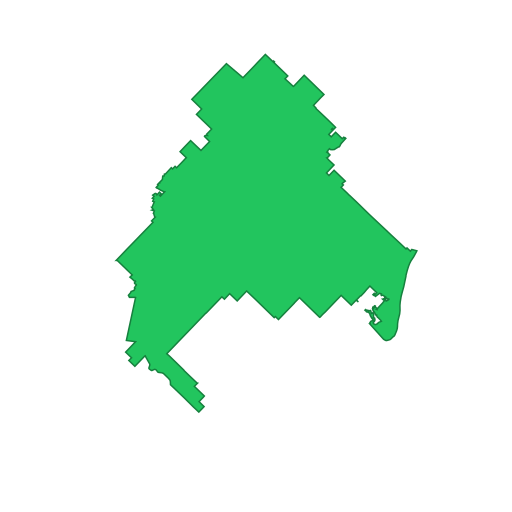 outline of Etchojoa, Sonora, Mexico, rotated 224°
{"feature_id": "50627088B76795265629930", "entity_name": "Etchojoa", "entity_type": "district", "adm_level": 2, "iso_a3": "MEX", "parent_name": "Mexico", "parent_adm1": "Sonora", "projection": "natural_earth1", "projection_center": [-109.755, 27.044], "detail": "fine", "context": "isolated", "style": "filled", "palette": "green", "viewbox_px": 512, "rotation_deg": 224, "n_neighbors": 0, "source": "geoboundaries", "source_scale": "gbopen_adm2", "svg_char_len": 6023}
<svg xmlns="http://www.w3.org/2000/svg" viewBox="0 0 512 512"><g transform="rotate(224 256 256)"><path d="M346.9,419.5L346.8,404.0L346.9,403.9L358.2,403.6L358.2,407.6L377.6,407.6L377.6,408.5L378.6,408.5L378.4,408.1L378.4,407.6L389.3,407.5L389.3,396.2L389.2,391.7L389.2,375.2L410.9,373.8L411.0,324.1L397.2,324.0L397.2,316.5L376.1,316.5L376.1,308.8L376.0,309.0L374.7,308.9L376.0,307.7L376.3,306.9L376.3,306.6L376.2,306.4L376.1,306.2L368.9,306.1L368.9,293.7L383.2,293.6L383.2,285.2L383.1,278.3L374.4,278.3L374.5,275.6L374.4,275.5L374.4,264.3L376.5,264.3L376.5,260.7L378.3,260.7L378.1,252.2L378.8,251.3L377.7,249.8L378.6,248.7L376.5,246.0L376.5,242.9L376.4,242.9L376.4,242.3L376.5,242.0L376.5,241.5L376.3,241.4L376.5,241.3L376.5,239.1L375.5,239.1L375.5,236.8L375.3,236.8L375.3,235.9L374.1,236.1L373.6,236.4L370.2,237.1L368.1,237.9L367.6,238.0L367.1,238.2L366.3,238.7L366.3,232.6L367.5,232.6L367.5,234.9L369.8,234.9L369.7,231.1L370.9,231.5L371.2,231.5L371.8,231.2L372.0,230.9L372.1,230.6L372.3,229.5L372.6,228.0L370.7,228.1L370.7,225.6L370.1,225.9L369.6,225.8L369.2,226.0L368.3,223.6L366.7,224.3L366.6,223.8L366.4,223.3L364.6,218.7L364.8,218.5L362.0,218.1L362.7,216.7L360.4,217.8L359.5,215.5L359.3,215.6L355.9,213.7L355.5,213.9L355.5,208.7L353.5,208.7L353.6,171.4L353.5,155.9L353.1,156.4L353.3,156.1L353.1,156.0L352.8,156.3L352.3,156.4L331.9,156.4L332.0,153.2L328.5,153.5L326.5,153.4L325.4,154.2L324.9,154.0L324.9,152.5L324.6,152.1L323.9,151.9L322.3,152.3L321.9,152.0L321.8,150.5L321.3,148.6L320.4,148.6L320.3,147.6L319.8,146.6L321.2,143.7L320.7,142.3L320.5,139.1L318.5,138.4L318.4,138.6L318.1,138.5L314.3,142.2L313.8,142.5L290.6,105.2L283.1,110.7L283.0,96.3L274.8,96.3L274.9,92.5L266.5,92.5L266.5,106.9L266.3,107.3L265.8,107.0L257.5,104.5L256.9,104.1L256.4,103.4L255.3,101.1L255.0,100.8L254.4,100.6L252.1,100.9L251.8,101.0L251.4,101.2L251.2,101.6L250.6,103.2L250.4,103.7L250.0,104.2L249.6,104.4L248.9,104.7L248.4,104.7L246.2,104.3L245.6,104.4L245.2,104.6L242.4,106.7L241.3,107.1L241.0,107.2L234.0,107.2L231.4,106.9L230.1,105.9L228.1,104.0L209.8,104.1L195.8,103.9L188.7,104.0L188.7,111.6L195.8,111.7L195.8,118.0L195.9,119.4L209.8,119.4L209.7,123.9L210.0,123.7L220.7,123.6L228.0,123.6L228.6,123.8L248.6,123.9L252.3,123.7L252.4,180.0L252.2,180.3L252.2,202.9L248.7,203.0L248.8,210.6L238.3,210.6L238.4,224.3L227.1,224.4L224.2,224.4L200.1,224.3L200.0,225.9L195.7,225.9L195.7,248.6L195.8,248.7L195.8,256.2L167.7,256.1L167.6,256.4L167.4,256.6L167.5,260.2L167.3,263.9L167.4,286.8L153.3,286.8L153.3,293.8L150.4,294.0L153.2,294.3L153.2,299.9L152.8,300.2L152.8,304.9L153.1,308.7L153.2,313.5L143.7,313.5L143.7,310.7L145.0,311.2L145.0,309.4L144.0,309.5L144.0,309.9L142.0,309.9L141.2,315.0L139.6,315.8L139.5,315.4L138.9,314.9L138.6,314.7L138.3,314.7L138.1,315.2L137.7,315.7L136.9,316.1L136.1,316.1L134.5,316.6L134.3,316.6L134.3,316.3L134.6,316.1L134.7,315.8L134.5,315.5L134.3,315.3L133.8,315.3L133.7,315.4L133.7,315.8L133.3,315.8L133.1,316.0L132.5,316.0L132.3,316.2L132.4,316.5L131.1,316.6L130.9,317.2L130.7,317.4L130.3,317.2L130.2,316.9L130.4,316.1L130.7,314.9L131.1,314.0L131.3,314.0L132.8,314.7L133.1,314.6L133.4,314.3L133.9,314.3L134.3,314.4L134.5,314.0L134.6,313.4L135.0,312.9L133.9,312.9L133.6,313.2L133.2,313.3L132.9,313.3L132.7,313.0L132.4,312.0L132.5,311.6L132.3,310.4L132.2,303.3L132.0,302.1L131.8,301.6L131.7,301.5L131.9,301.4L131.8,301.6L132.0,301.7L132.1,301.9L132.4,302.1L132.7,301.9L133.0,302.3L133.3,302.2L134.1,302.3L134.8,301.9L135.2,302.4L134.9,302.7L134.8,303.1L135.2,302.6L135.4,302.9L136.0,302.8L136.1,302.6L136.1,302.2L135.9,302.2L135.6,302.0L135.6,301.8L135.5,301.7L135.4,301.5L135.2,301.3L134.9,301.3L134.9,301.2L135.0,301.1L135.8,301.0L136.1,300.6L136.4,300.6L136.4,300.2L136.1,299.9L135.9,300.0L135.4,299.8L135.2,299.9L135.0,299.7L135.5,299.0L133.5,297.9L132.1,297.9L128.3,296.7L128.1,297.2L127.8,296.9L126.3,296.4L125.9,296.4L125.6,296.5L121.9,296.4L120.8,296.2L120.4,296.1L121.5,293.8L121.7,292.1L121.8,291.9L121.8,291.6L121.7,291.3L121.7,291.0L121.9,290.7L122.1,290.1L122.7,289.4L122.9,289.3L123.2,289.4L124.2,288.9L124.6,288.9L124.9,289.1L125.5,289.6L125.6,289.8L125.4,290.2L125.4,291.0L125.6,291.9L126.1,292.7L126.8,293.3L127.4,293.4L127.5,293.7L128.6,293.5L129.8,294.5L130.8,295.8L132.5,296.4L133.0,294.9L135.7,296.4L136.1,296.1L136.5,295.1L136.9,294.9L137.0,294.7L137.3,294.9L137.6,294.7L138.8,294.0L138.9,293.8L139.6,293.5L139.9,293.6L140.0,292.7L139.4,292.7L138.9,292.9L138.7,292.8L138.4,292.8L138.0,292.6L137.5,292.7L136.7,293.2L136.3,293.7L136.0,293.8L135.5,293.6L134.3,293.6L132.3,292.5L132.1,292.4L131.8,292.5L131.6,292.4L131.1,292.1L130.8,292.2L130.3,291.9L129.6,291.7L129.3,292.1L128.5,291.9L128.3,291.5L127.3,291.5L126.7,291.4L126.8,291.0L127.2,290.6L127.8,289.4L128.0,288.9L127.8,287.2L127.3,286.8L127.1,286.9L126.7,286.6L126.7,286.4L126.9,286.2L106.2,284.7L106.0,284.8L105.9,284.9L105.3,285.0L104.3,285.2L103.3,285.9L102.0,288.1L101.5,289.0L101.3,290.3L101.3,292.6L101.0,294.3L101.1,295.1L101.4,296.0L102.8,299.6L103.4,300.8L104.1,302.1L105.1,303.4L107.0,305.5L107.9,306.7L109.0,308.2L112.4,314.1L114.6,316.9L118.2,320.5L120.3,323.1L123.5,327.7L125.6,331.4L128.3,336.4L134.0,345.5L134.7,346.3L137.2,350.7L139.0,354.3L140.3,357.4L141.1,360.0L141.7,363.2L142.0,364.9L143.6,370.7L143.9,371.5L148.5,368.9L148.3,366.7L153.0,366.7L153.0,365.3L172.7,365.0L203.5,364.6L221.4,364.7L230.9,364.6L231.1,364.5L234.3,364.6L242.5,364.5L242.5,367.8L244.2,367.7L244.4,368.0L243.8,371.9L259.4,371.9L259.4,364.6L263.0,364.7L263.1,375.7L270.5,375.6L273.0,375.8L272.9,375.9L273.0,380.1L276.3,380.1L276.4,380.5L276.8,380.3L277.2,380.0L277.6,382.0L277.7,384.2L276.3,384.3L275.0,385.4L273.6,387.0L273.1,389.2L272.3,392.1L271.9,392.5L272.4,394.4L272.5,394.5L272.7,395.1L272.8,396.3L273.0,396.5L272.9,397.1L273.1,403.0L274.3,402.9L274.3,402.3L275.4,402.3L275.5,400.3L284.7,400.3L284.7,394.0L288.1,394.0L288.1,399.6L289.7,399.6L289.7,400.9L288.1,400.9L288.1,403.8L297.6,403.9L309.9,403.8L315.2,403.7L315.5,404.1L319.3,404.3L319.4,414.9L319.3,419.4L346.9,419.5Z" fill="#22c55e" stroke="#15803d" stroke-width="1.5"/></g></svg>